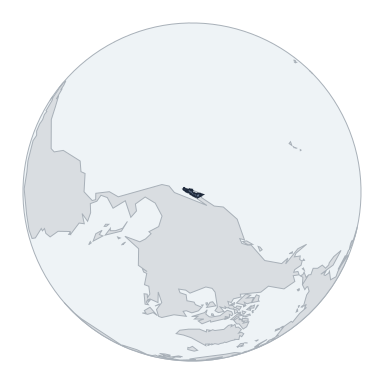 globe centered on Baja California Sur, rotated 153°
{"feature_id": "MEX-2707", "entity_name": "Baja California Sur", "entity_type": "State", "adm_level": 1, "iso_a3": "MEX", "parent_name": "Mexico", "parent_adm1": "", "projection": "orthographic", "projection_center": [-111.883, 25.437], "detail": "fine", "context": "on_globe", "style": "filled", "palette": "slate", "viewbox_px": 384, "rotation_deg": 153, "n_neighbors": 0, "source": "natural_earth", "source_scale": "10m", "svg_char_len": 12796}
<svg xmlns="http://www.w3.org/2000/svg" viewBox="0 0 384 384"><g transform="rotate(153 192 192)"><circle cx="192" cy="192" r="169" fill="#eef3f6" stroke="#a8b0b8"/><path d="M41.3,260.2L41.8,261.4L41.7,261.4L41.3,260.2ZM284.8,229.7L281.3,228.9L278.3,234.5L265.5,229.8L259.9,221.2L215.4,212.3L209.7,207.7L207.9,199.5L184.8,173.2L198.6,198.6L191.2,194.1L183.7,185.2L186.1,182.7L178.6,169.4L170.9,164.4L164.1,147.3L167.0,125.5L170.6,128.8L170.9,123.6L166.4,119.3L163.4,117.9L158.3,97.9L144.6,87.5L136.5,89.6L141.2,85.4L123.4,93.4L113.6,93.4L127.0,90.3L130.2,87.7L124.6,85.9L126.7,82.9L125.2,80.5L128.1,77.2L135.7,76.2L137.8,74.3L133.7,73.1L134.1,69.6L139.8,71.5L141.0,65.6L154.0,63.9L166.7,73.4L176.2,71.5L195.4,79.0L196.0,76.2L203.6,78.0L207.2,75.7L209.7,78.2L210.3,74.2L207.3,72.4L206.5,70.1L208.3,68.7L211.9,71.5L211.5,72.6L213.5,72.8L214.6,74.9L215.1,73.0L219.2,76.9L217.8,71.1L223.3,72.6L225.4,75.8L221.6,77.9L216.9,92.3L217.8,97.0L222.8,101.1L239.7,102.8L242.1,107.4L248.0,111.6L248.4,107.7L243.9,103.1L245.9,97.4L240.1,92.9L240.1,90.1L235.6,84.9L240.2,83.2L247.0,84.4L251.0,88.8L254.1,89.7L253.5,83.8L263.8,90.8L275.9,93.9L278.2,96.3L277.0,103.4L269.1,107.3L267.5,118.3L272.5,108.9L278.0,115.8L280.6,116.1L282.6,114.7L282.0,111.3L284.7,113.4L280.9,123.1L278.3,121.3L279.6,118.1L275.9,120.2L273.3,127.6L276.4,131.0L269.3,140.0L271.4,142.7L271.0,146.5L268.1,141.5L273.1,151.0L265.3,165.7L271.9,183.0L261.1,171.3L254.7,171.3L247.4,173.4L248.4,176.2L237.4,176.3L229.6,184.2L229.8,198.8L236.0,208.8L247.9,207.0L250.1,200.3L258.0,197.2L255.4,214.5L269.7,213.4L270.0,225.5L274.6,230.4L281.0,227.0L287.9,227.8L291.7,219.6L298.3,213.3L299.7,222.7L302.4,212.6L306.7,215.6L319.2,209.5L318.5,212.1L329.2,217.8L338.8,216.4L341.0,221.5L340.0,226.4L342.9,225.3L342.9,227.9L352.4,222.2L355.6,223.2L354.4,232.3L349.6,246.9L340.1,271.0L330.0,284.8L324.1,294.1L310.3,309.9L304.7,313.0L302.8,316.8L296.8,321.8L292.2,324.3L288.4,328.0L284.8,329.7L285.1,330.7L275.1,337.1L273.0,339.3L264.6,343.9L263.3,344.8L261.7,345.5L258.9,346.7L257.3,347.6L254.1,348.2L258.0,345.2L262.6,342.7L260.6,343.1L270.8,336.4L267.0,338.4L275.4,329.6L284.5,320.4L297.8,294.6L296.6,290.3L287.8,287.5L277.6,270.4L281.7,260.5L278.9,257.0L288.1,241.2L284.8,229.7ZM81.4,192.1L81.9,188.1L83.5,191.1L81.4,192.1ZM81.0,185.4L81.1,186.8L80.7,185.6L81.0,185.4ZM79.9,184.3L80.7,185.1L79.7,184.6L79.9,184.3ZM78.3,183.3L79.2,183.7L79.1,183.8L78.3,183.3ZM272.7,189.2L288.9,193.0L281.2,196.7L282.4,194.6L277.9,192.3L270.2,191.2L262.9,195.1L272.7,189.2ZM76.3,180.6L75.8,179.8L76.7,179.7L76.3,180.6ZM276.6,177.5L273.9,177.6L276.4,176.8L276.6,177.5ZM161.7,117.8L166.1,119.6L169.4,124.8L165.5,123.6L161.7,117.8ZM155.7,108.7L158.3,108.4L157.8,113.5L156.4,112.0L155.7,108.7ZM130.3,92.0L133.5,92.9L129.7,93.1L130.3,92.0ZM124.4,80.7L122.9,81.5L122.8,80.0L124.4,80.7ZM233.4,86.3L234.5,85.6L234.8,86.9L233.4,86.3ZM230.5,84.8L230.0,86.8L228.6,86.4L228.9,85.2L230.5,84.8ZM127.2,73.7L127.5,71.2L128.5,73.5L127.2,73.7ZM231.4,82.5L226.0,85.5L223.4,84.8L222.4,79.7L231.4,82.5ZM128.5,69.7L129.1,64.1L125.7,65.2L135.7,59.3L131.9,65.7L133.7,68.3L130.8,68.0L128.5,69.7ZM205.6,72.4L208.8,74.3L204.4,74.1L205.6,72.4ZM202.9,72.9L190.5,76.5L186.5,73.4L191.5,72.7L185.0,70.0L189.2,66.6L193.7,67.4L195.4,70.0L195.7,66.8L202.9,72.9ZM141.2,57.2L142.4,55.9L142.6,57.1L141.2,57.2ZM205.9,69.2L203.7,70.1L200.1,67.4L203.8,65.2L203.8,66.7L205.9,69.2ZM181.3,71.1L179.2,68.9L182.1,65.5L181.7,64.3L189.0,66.3L181.3,71.1ZM205.5,66.6L205.8,64.2L209.1,64.2L207.8,68.2L205.5,66.6ZM197.7,67.6L196.1,66.3L198.2,66.3L197.7,67.6ZM221.1,63.6L218.6,64.4L216.5,63.0L221.1,63.6ZM205.7,63.3L204.5,63.3L203.4,62.9L204.3,61.4L205.7,63.3ZM190.5,63.9L192.1,63.1L187.6,62.9L189.6,60.6L194.1,62.5L193.0,60.7L193.6,60.0L196.6,62.4L190.5,63.9ZM201.8,58.8L208.2,60.8L213.3,59.5L215.3,60.7L206.7,62.6L201.8,58.8ZM198.5,60.7L201.0,59.7L202.2,61.4L201.2,63.2L198.5,60.7ZM189.3,58.4L185.1,61.4L184.3,61.0L189.3,58.4ZM203.1,58.0L201.5,57.6L203.3,57.7L203.1,58.0ZM193.2,57.8L191.9,58.9L191.0,58.3L193.2,57.8ZM199.5,55.9L201.5,56.5L200.9,57.6L199.5,55.9ZM196.4,56.5L195.5,55.5L199.5,57.7L196.0,57.1L196.4,56.5ZM192.6,57.1L191.6,57.1L193.3,56.8L192.6,57.1ZM200.6,51.6L205.7,54.1L204.4,56.5L199.6,53.6L200.6,51.6ZM258.0,347.5L253.7,348.5L256.7,347.8L262.3,345.4L263.2,345.2L258.0,347.5ZM274.0,339.7L272.7,340.4L277.1,338.0L274.0,339.7ZM356.1,151.7L355.0,148.0L351.8,137.7L348.2,129.4L323.8,86.6L322.1,84.2L329.8,94.3L336.8,104.9L342.9,116.0L348.2,127.6L352.6,139.5L356.1,151.7ZM301.3,63.1L303.9,65.4L319.6,81.2L323.1,85.7L323.7,87.4L312.6,76.4L305.8,67.7L301.8,64.4L298.5,63.2L296.7,60.9L294.6,59.5L291.5,56.6L282.7,50.5L279.0,47.7L271.1,43.9L268.1,42.2L273.6,44.8L275.4,45.4L265.6,39.9L262.4,38.4L258.0,36.6L255.9,35.6L253.0,34.6L245.1,31.6L252.2,34.6L247.4,33.3L240.2,31.2L239.9,31.5L251.5,35.1L255.0,36.2L255.9,36.2L266.5,40.6L270.8,42.9L264.6,40.9L270.1,44.3L262.8,41.9L235.9,32.3L227.0,29.6L221.5,26.3L226.1,27.0L230.4,28.3L230.5,27.7L228.5,27.4L226.7,26.8L221.6,26.1L220.1,25.7L217.8,25.9L215.3,25.3L216.8,25.2L207.2,24.3L200.9,23.7L199.4,23.7L199.7,24.0L191.6,23.4L190.9,23.5L193.2,23.7L193.4,24.1L190.4,24.9L187.8,24.6L188.5,24.3L186.0,23.5L188.3,23.2L186.9,23.2L184.3,23.5L187.3,24.3L186.3,24.9L184.2,24.4L184.9,24.6L183.5,24.9L179.8,25.0L181.8,25.6L170.7,30.5L162.3,31.7L161.6,30.3L151.1,35.0L142.4,37.1L144.6,37.2L141.1,40.1L143.7,39.4L144.5,39.7L136.6,48.2L132.7,50.4L131.8,55.1L133.0,55.3L135.8,53.8L135.7,59.3L125.7,65.2L123.6,64.4L118.7,69.0L114.7,67.0L109.1,67.7L107.6,63.5L103.3,64.9L101.9,66.6L95.0,70.1L85.7,72.3L99.5,62.8L114.6,60.3L109.0,60.4L112.1,58.3L111.2,57.1L107.1,57.7L105.5,59.0L108.4,50.9L102.2,51.1L98.1,55.0L92.9,58.6L82.3,64.6L80.7,64.9L90.0,57.3L99.8,50.4L110.1,44.2L120.8,38.8L131.9,34.1L143.3,30.2L154.9,27.2L166.7,24.9L178.6,23.6L190.6,23.0L202.7,23.4L214.6,24.6L226.5,26.6L238.1,29.5L249.6,33.1L260.7,37.6L271.5,42.9L281.9,48.9L291.8,55.7L301.3,63.1ZM336.1,103.9L337.7,106.5L336.1,103.9ZM319.5,209.1L321.2,210.2L319.3,211.3L319.5,209.1ZM280.8,201.0L283.9,200.3L285.8,201.2L283.6,202.5L280.8,201.0ZM304.9,192.4L308.0,191.9L305.1,194.1L304.9,192.4ZM291.3,193.3L302.4,193.1L296.6,198.5L289.5,198.7L293.9,196.2L291.3,193.3ZM276.8,183.6L278.8,183.7L278.7,185.7L276.8,183.6ZM278.4,176.9L277.7,177.3L276.4,176.2L278.4,176.9ZM278.2,115.2L278.6,114.5L281.0,113.7L280.6,115.4L278.2,115.2ZM287.0,103.1L291.2,106.8L288.0,105.2L288.3,108.0L281.8,108.4L279.0,97.6L281.4,102.2L287.0,103.1ZM272.4,106.6L276.8,107.2L272.1,107.0L272.4,106.6ZM285.6,56.6L286.1,55.9L289.5,58.0L294.2,62.8L289.3,59.7L285.6,56.6ZM286.0,54.7L278.5,52.1L275.2,49.5L278.3,51.3L276.9,49.8L281.5,52.5L285.8,53.0L289.0,55.0L296.0,61.9L291.9,58.4L291.7,59.0L286.0,54.7ZM265.0,54.3L261.7,54.3L258.9,48.4L262.3,49.2L267.3,53.6L266.2,55.4L265.0,54.3ZM230.7,73.4L229.6,74.6L228.6,73.7L228.7,72.0L230.7,73.4ZM220.1,64.1L234.4,67.6L233.9,69.1L242.9,70.0L245.0,74.3L239.1,73.4L247.5,77.7L243.1,78.6L248.9,81.2L235.5,78.8L231.9,80.2L235.1,77.0L233.3,73.0L231.3,71.7L223.2,69.1L214.3,70.6L211.0,67.3L211.1,64.5L212.7,63.7L214.3,66.0L215.3,63.2L218.9,66.0L220.1,64.1ZM213.4,40.5L214.6,42.5L217.2,39.3L220.8,41.3L220.9,40.8L224.9,41.8L230.0,42.4L231.1,43.5L232.6,43.3L235.3,44.1L237.7,44.3L240.5,46.5L243.7,46.9L243.2,47.7L247.9,48.0L245.7,48.8L249.0,50.3L249.4,48.7L258.8,62.5L264.4,68.3L270.4,73.0L265.7,74.4L257.2,71.3L247.5,66.3L242.7,60.8L241.5,62.7L238.8,60.7L240.9,60.0L236.1,59.9L234.5,58.2L225.9,55.1L220.0,56.6L216.7,55.7L218.2,54.3L213.8,54.5L214.4,51.3L212.1,50.7L210.4,47.1L214.6,45.1L211.7,44.6L210.2,42.2L213.4,40.5ZM200.3,50.5L204.5,47.1L208.6,46.7L209.9,53.1L212.0,54.1L213.0,58.6L207.1,59.3L207.3,57.9L206.2,56.7L208.5,57.0L205.8,55.9L206.1,54.0L204.1,52.8L206.0,51.9L200.3,50.5ZM271.9,43.7L269.9,42.6L270.6,42.8L272.8,43.9L271.9,43.7ZM222.0,33.0L222.0,33.9L220.8,33.7L217.6,34.9L214.7,33.8L215.5,32.7L222.0,33.0ZM218.3,32.0L217.3,32.6L216.4,31.7L218.3,32.0ZM212.4,33.2L211.0,32.2L214.0,33.9L212.4,33.2ZM192.0,26.5L199.7,25.8L203.2,25.1L202.2,24.4L207.0,25.4L201.4,26.3L192.0,26.5ZM173.6,29.8L174.5,30.9L172.0,31.1L171.4,30.8L173.6,29.8ZM175.7,30.0L180.9,30.4L180.0,31.4L176.1,30.9L175.7,30.0ZM199.8,30.2L202.3,29.9L202.9,30.6L199.8,30.2ZM40.1,260.8L41.6,263.6L40.4,262.3L40.1,260.8ZM41.7,261.4L40.3,260.0L41.3,260.2L41.7,261.4ZM31.5,244.8L32.3,247.0L32.3,246.9L31.5,244.8ZM31.2,243.7L30.8,242.3L31.4,244.5L31.2,243.7ZM66.8,78.5L66.3,79.3L70.1,75.5L70.6,75.4L66.3,79.9L60.5,86.0L61.5,84.7L66.8,78.5ZM71.9,73.8L78.4,68.9L74.3,73.8L71.9,75.9L70.7,76.0L72.9,73.4L71.9,73.8ZM78.7,69.3L80.9,66.9L95.2,57.4L97.1,56.7L84.1,65.8L85.6,64.1L82.8,65.8L78.7,69.3ZM140.8,55.9L142.3,55.9L140.5,56.8L140.8,55.9ZM146.1,39.3L146.9,39.9L144.8,40.7L146.1,39.3ZM147.9,42.0L149.7,40.6L148.9,42.2L147.9,42.0ZM153.6,37.8L151.0,40.2L151.9,37.8L153.6,37.8Z" fill="#d9dde1" stroke="#a8b0b8" stroke-width="1"/><path d="M186.2,184.4L189.7,184.4L189.7,184.8L189.8,184.9L189.9,185.2L190.0,185.3L190.1,185.5L190.4,185.6L190.8,185.8L190.9,186.3L191.1,186.4L191.2,186.7L191.1,186.8L191.3,186.9L191.5,187.0L191.8,187.1L191.7,187.3L191.6,187.5L191.8,187.7L192.0,187.9L192.1,188.0L192.1,188.3L192.2,188.5L192.3,188.7L192.5,188.6L192.2,188.2L192.2,187.9L192.2,187.7L192.4,187.8L192.4,188.0L192.6,188.0L192.9,188.3L192.8,188.7L193.1,188.8L193.1,189.0L193.2,189.3L193.3,189.4L193.3,189.5L193.4,190.0L193.5,190.0L193.4,190.3L193.5,190.8L193.5,191.0L193.8,191.5L194.0,191.7L194.2,191.8L194.3,191.8L194.3,192.0L194.4,192.3L194.5,192.4L194.5,192.5L194.6,192.9L194.9,193.2L195.0,193.2L195.0,193.4L195.2,193.6L195.3,193.8L195.2,194.1L195.1,194.6L195.2,194.8L195.2,195.2L195.3,195.3L195.4,195.5L195.6,195.6L196.2,195.7L196.1,195.8L195.9,195.7L195.9,195.9L196.1,195.9L196.2,195.7L196.3,195.6L196.2,195.5L196.2,195.4L196.2,195.5L196.1,195.3L196.2,195.2L196.3,195.2L196.4,195.3L196.5,195.4L196.6,195.5L196.8,195.6L197.0,195.7L197.1,196.1L197.3,196.1L197.5,196.0L197.5,196.4L197.5,196.5L197.9,196.8L197.9,197.2L198.5,197.5L198.6,197.8L198.6,198.0L198.6,198.5L198.4,198.8L197.9,199.0L197.6,199.3L197.4,199.5L197.2,199.5L196.9,199.3L196.8,199.1L196.6,198.2L196.3,197.6L196.1,197.4L195.5,197.2L195.3,197.0L194.9,196.5L194.3,195.9L193.8,195.6L193.2,195.3L193.4,195.4L193.1,195.2L192.8,194.9L192.6,194.6L192.2,194.6L192.3,194.7L192.2,194.7L192.1,194.3L191.8,194.0L191.8,193.9L191.7,193.7L191.7,193.9L191.8,193.9L191.7,194.0L191.8,194.0L191.7,194.0L191.6,193.9L191.6,194.0L191.4,193.9L191.4,193.7L191.5,193.4L191.4,193.3L191.4,193.6L191.2,193.4L191.3,193.4L191.4,193.2L191.3,192.8L191.5,192.5L191.5,192.2L191.6,191.9L191.5,191.4L191.5,191.2L191.4,191.8L191.4,191.0L191.2,190.5L191.1,190.2L190.9,190.2L190.8,189.8L190.6,189.6L190.4,189.6L190.2,189.5L190.2,189.4L190.1,189.5L190.1,189.4L189.9,189.4L189.8,189.2L189.2,188.8L189.2,188.7L188.9,188.6L188.9,188.4L188.7,188.1L188.4,188.0L188.6,187.9L188.7,187.7L188.5,187.8L188.4,187.9L188.3,188.1L188.1,188.0L187.8,187.9L187.7,188.0L187.4,188.2L187.2,187.9L186.9,187.5L186.7,187.4L186.4,187.4L186.1,187.0L186.0,186.9L185.7,186.9L185.7,187.0L185.4,186.8L185.3,186.7L185.2,186.7L185.2,186.4L185.1,186.1L184.9,186.0L184.9,185.9L184.5,185.8L184.4,185.5L184.3,185.4L184.3,185.5L184.2,185.4L184.3,185.4L184.2,185.3L184.0,185.2L183.9,185.2L183.7,184.9L183.8,184.8L184.2,184.9L184.3,184.9L184.6,184.9L184.6,185.0L184.9,185.0L185.1,185.0L185.4,185.0L185.6,184.8L185.7,185.0L185.8,185.3L186.1,185.4L186.2,185.5L186.3,185.4L186.6,185.4L186.7,185.2L186.4,185.1L186.2,185.3L186.0,185.0L186.0,184.9L186.1,184.7L185.8,184.7L186.0,184.4L186.2,184.6L186.2,184.4ZM191.3,194.4L191.5,194.5L191.4,194.6L191.2,194.3L191.3,194.2L191.2,194.0L191.0,193.9L191.0,194.0L190.9,193.9L191.1,193.2L191.3,192.5L191.2,193.2L191.3,193.4L191.2,193.4L191.2,193.5L191.4,194.2L191.3,194.3L191.3,194.4ZM192.3,194.9L192.4,195.1L192.5,195.1L192.5,195.4L192.3,195.2L192.0,194.9L191.7,194.7L192.0,194.7L192.2,194.9L192.3,194.9ZM195.1,193.2L195.4,193.2L195.5,193.2L195.5,193.4L195.6,193.6L195.4,193.5L195.2,193.2L195.1,193.2ZM194.1,190.2L194.2,190.4L193.9,190.6L193.8,190.9L193.7,190.8L193.8,190.5L193.9,190.4L193.9,190.2L194.0,190.2L194.1,190.2ZM197.2,195.1L197.6,195.7L197.6,195.8L197.4,195.7L197.2,195.2L197.2,195.1ZM196.2,194.7L196.3,194.8L196.2,194.9L196.2,195.0L196.1,194.9L196.0,194.7L195.9,194.5L196.0,194.5L196.2,194.7ZM195.0,191.5L194.9,191.4L194.9,191.2L195.0,191.5L195.0,191.5ZM188.4,188.2L188.6,188.2L188.7,188.4L188.4,188.2L188.4,188.2ZM191.5,186.9L191.4,186.7L191.5,186.6L191.6,186.8L191.5,186.9ZM192.9,195.1L193.0,195.2L193.1,195.3L192.9,195.2L192.6,195.2L192.9,195.1ZM191.3,192.4L191.4,191.9L191.4,192.3L191.4,192.5L191.3,192.4ZM194.2,191.2L194.3,191.2L194.3,191.4L194.2,191.2ZM195.1,192.4L195.1,192.5L195.1,192.4ZM183.3,184.7L183.5,184.7L183.4,184.8L183.3,184.7ZM193.6,190.0L193.6,189.9L193.6,190.0L193.6,190.0ZM195.5,193.8L195.5,193.7L195.5,193.8L195.5,193.8ZM193.7,190.9L193.7,191.0L193.7,190.9Z" fill="#64748b" stroke="#1e293b" stroke-width="1.5"/></g></svg>